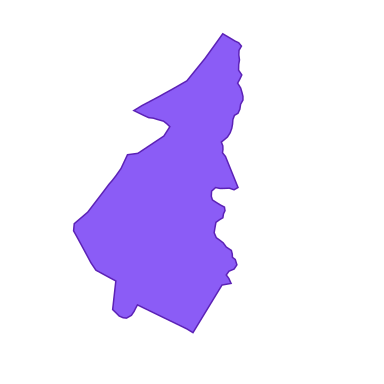 Redenção, Ceará, Brazil (orthographic projection), rotated 224°
{"feature_id": "56859067B98752060236455", "entity_name": "Redenção", "entity_type": "district", "adm_level": 2, "iso_a3": "BRA", "parent_name": "Brazil", "parent_adm1": "Ceará", "projection": "orthographic", "projection_center": [-38.762, -4.263], "detail": "fine", "context": "isolated", "style": "filled", "palette": "violet", "viewbox_px": 384, "rotation_deg": 224, "n_neighbors": 0, "source": "geoboundaries", "source_scale": "gbopen_adm2", "svg_char_len": 1459}
<svg xmlns="http://www.w3.org/2000/svg" viewBox="0 0 384 384"><g transform="rotate(224 192 192)"><path d="M253.0,105.0L254.7,87.4L250.2,81.8L241.3,79.1L222.7,73.2L215.6,70.9L206.8,69.0L190.2,73.6L185.0,75.1L167.4,52.3L162.6,52.3L158.2,52.2L154.2,53.7L151.5,55.8L149.9,61.2L150.7,65.8L151.8,69.2L152.8,72.9L100.4,90.0L93.6,91.5L105.8,145.9L100.4,153.4L105.4,155.4L109.7,156.1L110.4,160.7L108.2,165.8L109.1,170.8L114.0,173.5L117.5,173.1L120.0,175.4L123.1,177.3L129.2,176.2L134.3,177.1L138.7,176.6L142.8,176.0L147.8,178.1L150.9,182.6L153.7,186.8L152.9,191.3L151.9,194.9L154.2,198.2L155.3,201.5L158.2,203.7L162.9,202.3L167.6,201.3L171.8,200.5L175.1,202.3L178.5,206.2L178.1,211.6L174.2,214.1L171.6,216.7L167.8,220.7L163.3,222.8L162.0,227.2L192.6,240.8L197.3,241.4L199.3,244.1L201.9,246.6L205.6,248.3L205.1,252.1L204.7,256.2L205.7,261.1L207.6,265.4L210.0,269.0L212.9,272.5L214.7,276.6L213.6,280.6L215.1,284.8L218.0,288.9L219.2,293.5L221.8,296.2L224.8,298.1L229.2,300.6L234.8,302.0L236.0,306.4L237.5,310.8L243.1,312.0L247.0,316.2L249.6,320.0L253.5,323.1L256.6,326.6L257.8,331.3L262.1,331.8L265.8,330.5L279.8,327.2L277.9,314.4L275.4,297.0L272.9,268.4L277.7,251.9L280.4,243.2L282.0,237.8L288.0,219.5L290.4,210.2L279.6,213.7L274.8,215.4L271.2,218.2L267.6,220.0L261.6,223.2L257.3,223.6L253.3,223.6L251.1,212.7L257.8,182.2L264.3,174.0L259.4,159.7L258.0,150.8L257.4,145.3L257.1,139.9L256.0,131.0L253.0,105.0Z" fill="#8b5cf6" stroke="#5b21b6" stroke-width="1.5"/></g></svg>